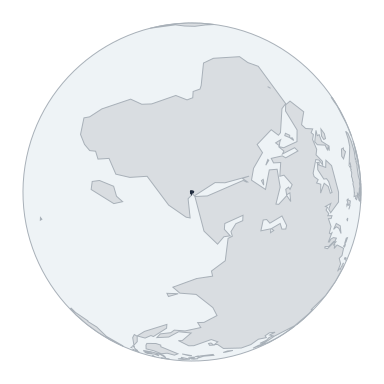 Dikhil on an orthographic globe, rotated 99°
{"feature_id": "DJI-1569", "entity_name": "Dikhil", "entity_type": "Region", "adm_level": 1, "iso_a3": "DJI", "parent_name": "Djibouti", "parent_adm1": "", "projection": "orthographic", "projection_center": [42.104, 11.405], "detail": "fine", "context": "on_globe", "style": "filled", "palette": "slate", "viewbox_px": 384, "rotation_deg": 99, "n_neighbors": 0, "source": "natural_earth", "source_scale": "10m", "svg_char_len": 8608}
<svg xmlns="http://www.w3.org/2000/svg" viewBox="0 0 384 384"><g transform="rotate(99 192 192)"><circle cx="192" cy="192" r="169" fill="#eef3f6" stroke="#a8b0b8"/><path d="M108.8,44.9L111.9,43.3L101.1,49.7L91.9,56.5L89.3,58.4L86.4,60.2L87.2,59.4L97.8,51.8L108.8,44.9ZM78.2,67.1L77.0,68.2L77.0,68.3L78.2,67.1ZM23.1,196.3L24.9,204.9L27.9,215.1L29.2,225.2L29.5,234.6L36.4,257.6L36.9,259.0L32.2,247.0L28.5,234.6L25.7,222.0L23.9,209.2L23.1,196.3ZM159.0,26.3L157.4,26.6L157.2,26.7L159.0,26.3ZM148.1,29.1L149.6,28.6L152.2,27.9L148.1,29.1ZM163.2,25.5L163.4,25.5L161.0,25.9L161.6,25.8L163.2,25.5ZM167.3,24.9L160.5,26.1L157.1,27.0L154.7,27.5L160.5,26.0L167.3,24.9ZM167.9,24.8L168.9,24.6L167.4,24.9L165.1,25.2L167.9,24.8ZM166.8,25.1L168.4,24.8L166.8,25.1L166.8,25.1ZM175.5,23.9L175.9,23.8L177.2,23.7L175.5,23.9ZM171.4,24.5L169.2,24.8L168.9,24.7L171.4,24.5ZM173.6,24.1L175.2,24.0L170.1,24.6L173.6,24.1L173.6,24.1ZM176.6,23.8L177.5,23.7L176.2,23.8L176.6,23.8ZM173.7,24.7L167.3,25.4L166.7,25.2L173.0,24.5L173.7,24.7ZM273.3,43.9L277.6,47.0L289.4,55.8L289.9,55.0L294.1,57.8L308.1,69.8L321.5,88.1L327.2,94.1L330.1,98.2L330.8,101.2L326.6,95.0L323.8,93.2L321.4,89.6L321.1,93.0L317.5,88.0L319.0,93.6L322.6,97.3L324.2,95.8L327.0,103.4L333.5,110.0L338.4,119.0L341.6,136.5L338.6,142.9L339.2,146.0L335.9,143.1L334.7,149.9L343.5,166.1L344.4,171.2L340.9,182.2L340.3,178.4L331.4,170.8L332.1,183.3L338.9,192.3L341.3,203.9L337.1,201.1L334.3,191.0L331.2,187.9L330.3,177.1L324.5,162.1L320.1,166.0L318.9,159.7L310.1,148.0L302.9,153.3L292.5,171.9L293.8,188.2L289.0,196.0L276.7,173.8L271.9,158.5L267.0,160.4L254.7,148.4L232.1,149.1L229.4,145.2L225.0,147.3L216.4,143.7L212.4,137.4L207.0,138.0L218.0,154.7L223.8,154.2L229.3,147.4L231.2,153.5L239.5,158.6L228.8,174.0L196.0,188.4L193.5,176.2L172.6,143.3L173.7,139.7L173.6,139.3L173.4,138.6L170.7,144.4L167.4,138.1L177.7,160.8L179.1,170.7L195.5,189.1L193.8,191.0L199.3,194.8L217.9,189.8L217.8,193.9L208.6,213.0L183.5,238.8L187.3,255.7L186.3,270.0L171.8,279.2L174.2,290.0L166.8,293.6L167.1,299.5L161.8,305.6L152.6,311.1L135.7,310.3L133.8,304.9L124.0,294.0L109.9,267.1L113.2,255.3L111.3,245.6L99.2,223.1L101.8,211.3L98.8,206.0L92.5,206.6L89.1,200.2L85.4,199.6L62.8,200.8L56.6,191.8L50.9,166.2L55.4,157.2L57.5,146.2L90.1,113.3L95.6,116.2L119.6,113.9L122.4,115.5L118.1,123.5L134.9,135.1L142.1,128.5L158.9,134.9L171.0,135.1L178.0,119.8L158.1,119.1L156.2,111.5L173.3,105.7L190.8,107.2L190.6,104.4L180.7,97.8L186.0,93.0L177.5,95.2L180.0,98.1L174.7,99.8L172.1,97.4L174.1,95.6L169.1,94.2L161.0,103.8L162.7,107.7L149.0,109.0L150.5,116.0L146.4,119.0L142.2,108.5L143.6,104.8L134.9,93.8L132.2,97.6L140.3,108.6L137.2,107.6L133.6,113.7L133.9,108.3L125.8,96.2L114.3,97.9L97.4,112.3L91.2,113.1L86.9,109.4L95.3,94.2L108.4,94.3L111.5,89.7L110.8,82.7L114.8,83.6L116.2,81.1L121.3,81.1L130.4,75.5L135.9,75.3L141.3,68.0L144.8,67.2L140.6,71.5L140.6,74.8L154.5,75.3L157.7,73.8L160.1,69.3L163.6,70.4L164.2,66.0L173.0,64.8L162.7,62.8L165.2,58.3L171.6,55.2L170.5,53.6L160.2,58.7L157.8,61.2L158.6,63.8L150.4,71.2L145.2,72.3L146.8,63.8L139.7,64.7L144.1,58.3L169.3,47.2L178.9,45.7L190.8,51.8L187.5,54.3L181.6,53.1L185.4,58.0L185.9,55.7L188.8,56.8L192.0,53.5L194.2,54.2L193.5,50.0L196.5,50.5L197.0,53.1L204.3,49.3L211.2,49.9L211.7,48.8L210.4,47.4L220.0,49.5L220.0,48.6L216.9,47.6L214.9,45.2L215.0,42.2L218.3,43.1L218.7,44.3L224.5,48.5L225.1,52.0L226.5,52.1L226.8,49.3L219.7,44.1L218.8,42.1L222.7,44.2L221.2,43.2L221.9,42.5L225.6,42.8L221.6,40.4L223.9,33.5L231.3,33.9L234.5,36.2L239.6,34.0L247.6,35.8L244.7,34.6L245.2,33.5L242.7,32.9L241.3,32.3L241.4,30.6L244.0,31.3L242.8,30.9L258.4,36.6L273.3,43.9ZM77.3,130.6L76.1,133.8L77.3,130.6ZM208.5,117.3L219.6,117.9L216.0,108.4L219.9,108.1L217.2,105.2L215.7,107.8L209.3,100.0L214.6,97.4L213.9,93.6L210.2,93.3L201.6,99.4L210.6,110.2L207.5,114.0L208.5,117.3ZM80.7,65.7L76.5,69.5L79.1,66.9L77.5,68.1L81.0,64.6L88.1,59.3L84.3,62.1L80.7,65.7ZM118.4,68.5L119.5,70.1L116.5,72.8L109.6,74.5L113.7,70.4L118.4,68.5ZM121.7,71.9L125.2,63.8L129.7,62.9L126.6,64.6L129.2,64.9L124.9,67.9L125.7,75.6L123.2,78.6L111.7,79.2L116.8,77.1L115.5,75.4L121.7,71.9ZM126.5,49.0L128.1,46.7L135.6,47.5L133.3,49.7L126.2,51.1L124.8,49.4L126.5,49.0ZM135.9,32.6L136.8,32.3L134.4,33.2L134.5,33.1L135.9,32.6ZM129.0,35.2L128.9,35.2L132.8,33.8L135.0,33.0L142.9,30.4L145.0,29.7L154.9,27.2L155.6,27.0L154.8,27.2L152.0,27.9L153.0,27.7L148.3,28.8L148.6,28.9L135.3,33.3L134.7,33.3L127.6,36.5L123.4,38.0L128.1,35.8L119.5,39.6L122.2,38.2L116.5,40.9L124.5,37.1L129.0,35.2ZM172.9,29.6L170.0,29.2L171.2,31.2L166.5,31.5L167.0,31.7L163.0,32.6L158.9,34.3L156.9,34.3L156.2,35.0L153.5,35.8L151.8,36.9L147.8,37.3L145.4,38.7L144.8,38.2L141.8,40.6L142.2,39.0L138.8,40.3L140.2,41.1L122.5,43.3L114.8,46.2L108.0,49.7L109.7,47.2L117.1,42.6L126.9,38.0L134.1,35.8L133.5,35.4L136.8,34.3L135.9,35.1L139.3,33.3L141.8,32.8L150.5,30.1L153.9,28.4L157.2,27.6L157.1,28.0L160.4,27.0L162.4,27.3L164.8,26.9L169.1,27.0L167.5,28.4L170.3,27.8L173.8,28.2L172.9,29.6ZM174.8,24.8L173.9,25.9L171.0,26.7L164.6,26.2L162.2,26.6L158.0,26.9L162.4,25.8L163.2,25.8L165.0,25.5L162.9,25.9L165.9,25.4L167.1,25.5L169.8,25.2L168.8,25.6L174.8,24.8ZM126.5,112.6L128.8,113.1L132.6,113.0L130.4,117.1L126.5,112.6ZM120.7,104.4L123.0,104.0L121.8,109.2L119.4,108.9L120.7,104.4ZM125.2,99.6L123.2,103.6L122.9,101.2L125.2,99.6ZM142.8,71.1L145.3,70.7L145.1,71.8L143.3,73.3L142.8,71.1ZM175.7,37.7L174.5,36.8L175.5,36.5L176.1,34.2L179.6,34.1L180.6,35.4L175.7,37.7ZM174.0,122.3L169.9,125.2L168.4,123.7L170.1,123.0L174.0,122.3ZM148.7,121.1L154.0,123.3L148.0,122.2L148.7,121.1ZM179.7,37.2L179.5,36.2L181.4,36.8L179.7,37.2ZM182.2,34.0L184.6,34.4L180.1,33.8L182.2,34.0ZM242.4,336.0L243.6,337.4L240.9,337.7L242.4,336.0ZM215.7,267.4L205.3,292.0L197.2,292.2L195.1,285.2L198.6,270.3L208.0,265.9L212.4,259.0L215.7,267.4ZM354.3,227.0L355.2,227.1L355.0,227.9L354.3,227.0ZM353.4,224.9L354.7,224.5L352.9,226.7L353.4,224.9ZM355.2,224.3L356.5,222.2L357.1,220.6L356.8,222.3L355.2,224.3ZM352.4,225.4L345.1,227.8L341.8,226.7L343.0,223.6L348.4,222.7L352.4,225.4ZM342.7,223.6L337.1,217.1L326.7,196.1L330.5,195.8L340.8,207.5L340.2,210.1L343.6,215.5L342.7,223.6ZM354.7,205.3L354.1,212.8L350.4,213.5L348.6,212.9L347.3,203.9L348.1,198.9L349.7,198.6L354.0,180.6L355.9,183.8L355.1,191.2L356.5,197.0L354.7,205.3ZM294.6,189.7L298.9,198.9L296.0,200.9L294.6,189.7ZM354.2,168.7L353.5,176.4L353.7,166.5L354.2,168.7ZM353.4,159.7L354.2,163.1L352.9,160.1L353.4,159.7ZM340.7,150.7L339.0,152.0L338.2,149.6L339.8,146.6L340.7,150.7ZM342.1,126.8L344.9,133.7L345.6,136.1L343.5,132.2L342.1,126.8ZM209.7,38.3L204.9,41.2L203.8,44.0L206.8,46.3L200.5,44.6L202.2,40.3L209.7,38.3ZM221.8,33.8L219.0,32.3L221.5,32.5L222.5,32.9L221.8,33.8ZM219.2,33.2L213.4,32.4L212.8,31.3L217.4,32.1L219.2,33.2ZM196.5,33.9L194.8,34.7L193.3,34.1L196.5,33.9ZM331.5,287.3L326.1,293.8L325.6,293.2L329.2,288.2L335.6,274.6L336.2,274.6L340.2,265.0L348.0,253.9L354.7,236.3L355.1,236.2L350.8,249.7L345.4,262.7L339.0,275.3L331.5,287.3ZM356.4,226.4L358.2,219.8L358.6,218.9L356.4,226.4ZM360.9,196.4L360.9,195.6L360.9,194.6L360.9,196.4ZM360.0,204.0L359.9,206.0L359.7,204.7L360.0,204.0ZM360.3,202.5L360.5,203.9L360.2,204.2L360.3,202.5ZM357.3,198.2L357.7,202.5L359.0,198.9L358.0,203.6L358.4,210.7L357.8,213.7L357.6,206.0L356.7,214.7L356.1,214.9L356.2,207.8L357.1,198.7L357.7,194.7L359.7,191.9L357.3,198.2ZM360.5,196.9L360.4,191.8L360.4,188.1L360.6,190.7L360.5,196.9ZM359.0,179.8L357.5,174.3L357.0,177.1L357.4,167.8L358.8,174.5L359.0,179.8ZM356.6,167.1L356.1,169.6L356.1,164.3L356.6,167.1ZM355.6,167.7L354.7,163.7L355.5,163.9L355.6,167.7ZM357.0,167.0L355.7,160.0L356.8,163.9L357.0,167.0ZM352.3,154.7L355.3,160.6L352.8,158.8L349.1,145.7L349.9,144.9L352.3,154.7ZM334.2,102.1L332.0,98.8L331.7,97.8L333.3,100.3L334.2,102.1ZM328.5,92.4L328.8,92.8L330.9,96.5L332.2,100.2L333.5,101.5L336.7,107.3L333.1,102.4L329.7,95.7L329.2,94.1L326.0,89.5L323.7,86.2L319.2,80.9L317.1,78.5L320.1,81.8L328.5,92.4ZM315.0,76.2L314.5,75.7L317.2,78.7L308.6,69.8L309.1,70.2L315.0,76.2ZM306.8,68.0L306.0,67.4L291.6,55.9L288.8,53.8L300.3,62.3L300.1,62.2L303.5,65.1L306.8,68.0ZM239.9,32.0L238.3,31.3L239.8,31.5L239.9,32.0ZM234.6,29.6L233.9,29.8L233.2,29.2L234.6,29.6ZM232.8,30.6L233.0,29.7L234.8,31.1L232.8,30.6Z" fill="#d9dde1" stroke="#a8b0b8" stroke-width="1"/><path d="M191.5,193.4L191.1,193.3L191.0,193.2L191.1,192.4L191.1,192.1L191.0,191.8L191.0,191.6L191.1,191.3L191.1,191.1L191.3,190.9L191.5,190.8L191.6,190.6L192.1,190.7L192.3,190.8L192.8,191.3L192.8,191.7L192.9,192.0L193.1,192.3L193.7,192.4L193.5,192.5L193.5,192.9L193.3,192.9L193.1,193.0L192.9,193.1L192.7,193.2L192.4,193.2L192.1,193.2L191.9,193.2L191.8,193.3L191.7,193.4L191.5,193.4Z" fill="#64748b" stroke="#1e293b" stroke-width="1.5"/></g></svg>